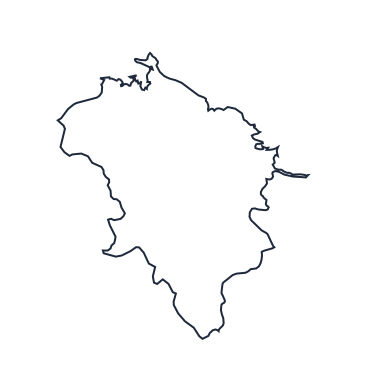 Ipeiros, Natural Earth projection, rotated 166°
{"feature_id": "GRC-2949", "entity_name": "Ipeiros", "entity_type": "Region", "adm_level": 1, "iso_a3": "GRC", "parent_name": "Greece", "parent_adm1": "", "projection": "natural_earth1", "projection_center": [20.643, 39.638], "detail": "fine", "context": "isolated", "style": "outline", "palette": "slate", "viewbox_px": 384, "rotation_deg": 166, "n_neighbors": 0, "source": "natural_earth", "source_scale": "10m", "svg_char_len": 4179}
<svg xmlns="http://www.w3.org/2000/svg" viewBox="0 0 384 384"><g transform="rotate(166 192 192)"><path d="M168.4,102.0L172.6,101.6L178.9,98.7L183.1,96.8L184.3,95.9L185.0,94.5L187.6,87.6L187.8,86.7L187.0,82.8L186.9,81.7L186.4,79.4L186.5,78.1L187.3,76.9L189.7,76.2L190.7,75.5L192.5,70.4L192.6,66.1L192.2,61.9L193.0,57.1L194.3,55.1L196.1,53.9L198.0,52.9L199.3,51.8L199.8,50.6L200.3,51.4L202.4,52.9L205.4,52.8L208.8,50.9L211.0,48.4L217.3,47.0L219.8,50.2L223.1,59.9L230.2,68.4L234.8,77.6L237.0,86.6L236.4,90.0L232.2,97.4L234.9,99.5L237.0,108.5L241.5,114.3L248.1,111.2L250.8,113.3L250.4,119.6L245.9,128.2L251.2,133.0L253.5,144.8L256.7,151.0L259.6,152.0L266.0,149.5L275.5,147.4L281.5,147.7L292.5,153.9L292.6,156.8L288.0,155.6L284.8,156.8L283.1,159.5L279.8,161.3L278.1,164.5L277.0,167.2L279.8,179.7L280.1,185.5L277.0,185.6L274.4,183.5L267.8,183.2L264.5,185.0L262.3,187.5L264.2,194.1L264.4,199.9L266.9,203.2L269.8,204.2L271.7,207.3L270.7,213.0L272.2,218.9L270.0,221.5L269.5,224.3L272.0,227.5L273.2,231.2L272.6,234.5L273.8,238.2L281.8,244.5L284.3,251.8L290.2,256.1L299.0,257.4L302.1,256.7L306.1,261.4L308.7,267.5L300.0,284.1L300.6,287.6L304.9,294.0L301.1,295.2L292.2,302.5L285.6,305.6L282.5,306.3L261.5,306.6L258.3,307.9L255.5,310.4L253.7,315.9L254.0,318.3L253.1,318.6L250.1,321.9L253.7,324.6L244.4,323.3L244.4,321.9L242.3,321.4L240.3,320.0L238.8,318.7L238.0,318.2L236.0,319.3L234.4,318.4L233.3,316.5L232.8,314.5L233.2,314.5L233.7,313.6L235.1,313.2L235.1,311.8L233.9,311.8L232.2,312.8L230.3,312.9L228.5,312.0L227.2,310.2L225.9,310.2L224.9,312.3L221.9,314.0L221.3,315.3L222.0,317.4L223.9,317.8L224.7,318.8L217.6,318.7L220.2,317.5L219.9,316.1L219.8,314.1L219.3,312.7L217.9,313.2L217.9,312.4L217.7,311.9L217.6,311.6L217.9,311.3L217.9,310.2L216.4,310.0L215.5,310.3L215.0,311.0L214.4,311.8L216.5,307.2L215.8,303.6L213.8,302.4L212.0,304.5L210.9,303.0L210.3,304.5L209.3,305.7L207.9,306.6L206.2,307.3L206.2,308.9L208.7,309.5L208.0,311.2L208.0,313.6L207.4,316.1L206.1,317.7L204.8,318.5L203.6,319.7L202.9,321.9L200.5,320.3L200.6,322.4L200.8,323.4L201.5,323.6L202.9,323.3L210.7,329.6L214.0,331.2L215.1,332.7L215.4,334.2L214.9,334.8L213.5,334.5L210.4,332.7L205.5,331.1L204.4,331.2L202.9,332.0L202.8,332.9L201.1,335.4L199.1,337.0L198.1,335.5L197.6,333.5L196.4,332.1L195.2,330.9L194.7,329.8L194.5,328.5L194.1,327.8L193.7,327.4L193.6,326.9L193.9,325.5L194.7,324.6L195.5,324.0L195.9,323.3L194.2,316.3L190.9,311.2L186.4,307.5L181.0,304.5L175.6,300.4L162.4,284.2L157.5,280.8L155.9,279.0L156.5,277.1L155.6,275.2L155.2,272.7L155.5,270.3L156.5,268.5L156.5,266.9L154.5,267.8L152.7,268.0L151.5,267.4L150.7,265.5L148.2,266.9L145.8,266.7L143.6,265.6L141.5,263.9L136.8,265.8L129.9,262.4L124.5,256.2L124.2,249.6L121.9,247.5L120.6,244.8L118.8,242.7L115.0,242.3L115.0,240.8L116.1,240.8L116.1,239.5L114.7,237.9L112.9,234.6L111.5,233.7L114.4,232.7L117.9,232.8L120.3,232.3L119.7,229.3L118.1,227.6L111.5,223.5L111.5,222.1L114.5,222.3L116.6,222.8L118.2,222.7L119.7,220.7L119.7,219.3L118.0,218.1L115.0,216.7L112.6,216.6L112.7,219.3L111.2,217.9L109.3,216.8L107.4,216.5L109.3,214.8L106.1,214.1L103.2,213.8L100.4,214.0L97.7,214.8L99.0,213.1L99.8,211.2L100.0,208.9L100.0,206.2L101.2,207.6L102.4,207.5L103.5,206.4L104.7,204.9L104.7,204.2L104.6,201.4L104.7,200.4L105.0,200.3L106.6,199.2L107.0,199.1L105.9,194.8L103.1,192.9L100.2,192.1L98.9,191.1L98.4,190.2L95.7,188.0L94.9,187.6L93.0,187.1L91.6,186.1L90.3,184.6L82.8,183.0L79.0,181.5L77.0,180.3L76.1,180.4L75.3,180.3L78.0,178.6L83.7,180.5L90.4,182.6L98.1,186.5L102.9,190.7L106.3,192.2L109.0,191.6L109.6,190.4L109.5,188.9L109.7,187.3L111.0,185.9L112.4,185.4L113.8,185.4L115.2,185.9L116.7,186.7L117.2,182.1L119.8,179.8L122.9,178.0L125.2,175.3L125.7,173.0L125.2,171.9L124.3,170.9L123.7,169.1L123.4,168.5L122.2,167.0L121.7,166.3L121.9,165.6L123.0,163.1L123.3,162.0L122.7,160.4L121.7,159.5L121.3,158.6L122.5,157.0L123.9,156.5L125.6,156.7L125.8,156.8L132.1,159.1L135.0,160.9L137.9,161.2L140.8,158.3L142.2,154.0L141.5,150.4L133.8,138.0L129.8,134.2L128.9,132.9L126.4,120.1L125.5,118.5L127.6,117.9L136.0,117.6L138.8,117.1L139.5,113.3L140.9,109.5L142.8,106.2L145.0,103.7L148.2,102.3L153.8,102.9L156.4,101.5L159.5,100.7L168.4,102.0Z" fill="none" stroke="#1e293b" stroke-width="2"/></g></svg>